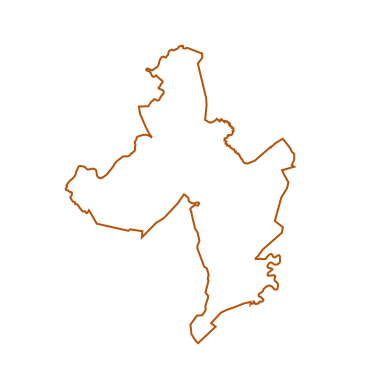 Juan R. Escudero, Guerrero, Mexico, rotated 59°
{"feature_id": "50627088B85628138735153", "entity_name": "Juan R. Escudero", "entity_type": "district", "adm_level": 2, "iso_a3": "MEX", "parent_name": "Mexico", "parent_adm1": "Guerrero", "projection": "robinson", "projection_center": [-99.489, 17.137], "detail": "fine", "context": "isolated", "style": "outline", "palette": "amber", "viewbox_px": 384, "rotation_deg": 59, "n_neighbors": 0, "source": "geoboundaries", "source_scale": "gbopen_adm2", "svg_char_len": 6055}
<svg xmlns="http://www.w3.org/2000/svg" viewBox="0 0 384 384"><g transform="rotate(59 192 192)"><path d="M59.5,136.0L59.3,138.2L59.6,139.5L62.1,141.9L62.4,143.2L63.3,145.1L63.2,145.5L62.1,146.0L61.0,147.2L60.8,147.5L60.9,149.0L62.7,152.2L65.0,154.3L66.6,156.4L67.0,158.1L66.9,160.3L67.4,161.9L66.9,163.7L66.5,164.2L65.9,164.4L65.2,165.4L64.3,165.6L63.4,166.3L63.1,167.0L63.2,167.9L63.8,168.4L64.7,168.2L66.7,166.6L68.1,165.9L69.4,166.2L70.6,166.3L72.1,166.4L72.8,166.2L73.7,165.4L73.8,164.7L73.6,163.1L73.9,162.4L74.4,162.6L74.7,162.5L79.2,161.1L81.3,160.2L82.1,160.2L82.8,160.7L83.7,163.3L84.9,164.9L84.9,166.2L85.1,166.6L85.9,167.2L86.4,167.1L88.5,165.5L89.8,164.7L90.4,164.5L91.3,164.5L92.9,165.7L93.4,166.5L93.4,167.8L93.5,168.1L94.4,169.6L94.8,170.6L95.5,171.6L96.2,172.9L96.1,174.2L95.3,175.0L93.5,176.0L93.0,176.6L92.9,177.1L93.6,179.0L93.7,180.7L96.0,185.3L91.4,193.5L98.3,196.3L113.1,198.2L120.3,198.6L123.8,198.3L124.0,198.7L121.4,199.9L119.6,201.5L119.2,202.1L117.7,204.8L117.3,207.0L116.9,208.0L116.7,209.5L116.6,209.9L116.6,210.7L117.3,211.9L118.0,212.3L118.4,212.7L119.5,215.2L120.6,215.8L122.3,216.0L124.2,217.7L126.6,219.3L127.4,220.4L127.4,221.8L127.7,222.8L127.7,224.6L128.3,225.7L128.5,227.9L127.9,229.8L126.5,231.6L125.9,233.5L126.4,235.4L126.5,237.3L126.9,240.3L127.6,242.9L128.1,244.0L129.3,245.8L133.1,255.9L133.6,260.7L133.4,262.7L132.6,263.9L131.8,264.5L129.9,265.0L128.6,264.9L124.5,263.1L123.4,263.1L122.9,263.3L121.8,264.0L120.6,265.4L119.5,269.0L118.8,270.0L118.3,270.3L115.9,270.8L114.5,271.6L112.0,274.5L111.8,275.4L111.8,276.3L113.4,278.3L115.0,281.0L116.5,282.2L118.1,284.6L119.0,287.7L119.2,289.8L119.9,292.3L121.7,296.2L122.4,296.1L123.1,296.5L123.5,296.8L123.7,297.7L124.0,298.4L124.8,298.9L125.1,299.0L125.7,298.7L127.1,297.2L127.9,297.2L129.5,296.5L129.8,295.6L130.3,295.3L131.2,295.5L132.8,296.7L133.6,298.6L134.0,299.1L135.0,299.2L138.7,299.1L140.4,297.7L142.2,298.3L143.4,296.8L144.1,296.6L146.5,296.3L148.2,296.4L151.2,295.9L152.1,295.9L152.7,295.2L153.2,294.0L153.6,293.5L155.2,293.6L155.6,293.5L155.8,293.1L156.0,292.4L154.6,289.7L170.2,289.9L192.5,266.5L192.2,264.1L200.1,254.7L205.1,258.3L200.0,238.9L199.9,231.1L199.8,229.3L194.5,210.4L189.9,200.2L191.0,199.3L192.4,199.1L193.9,198.5L195.1,198.3L195.4,198.3L198.0,199.4L200.1,198.8L202.0,197.2L203.1,195.9L203.3,194.1L203.6,193.1L204.3,191.9L204.9,191.7L205.6,191.8L206.3,193.1L206.5,193.7L206.3,194.6L204.8,196.3L204.7,197.3L204.9,199.3L205.3,201.3L205.7,202.1L206.4,202.6L208.5,202.6L208.8,203.0L224.8,208.2L229.4,208.1L237.8,210.8L240.4,214.6L242.9,216.4L262.1,220.0L265.4,218.6L271.8,220.5L274.4,223.2L276.6,223.6L285.1,232.2L289.5,231.7L291.3,233.1L294.3,236.7L297.2,239.7L299.4,240.4L301.1,242.7L302.8,246.8L300.5,251.6L304.9,261.7L313.7,265.7L321.1,265.5L324.7,264.7L319.6,241.1L314.3,243.2L310.3,229.4L310.9,223.2L312.8,214.0L314.2,205.2L316.4,198.4L318.2,199.6L317.3,197.6L318.2,198.3L318.4,198.3L318.8,198.0L319.1,196.9L318.3,195.8L317.7,195.5L318.1,195.3L320.3,195.4L321.1,195.0L321.0,194.1L321.8,192.6L321.8,192.4L320.8,190.9L320.9,190.3L321.6,189.4L322.0,188.2L322.0,187.6L321.6,186.6L320.7,186.2L319.6,186.6L317.2,187.1L316.4,188.1L315.9,188.4L314.7,188.1L314.3,187.7L314.0,187.3L313.8,186.5L313.7,182.8L313.4,182.2L312.5,181.3L311.9,179.9L311.5,177.3L311.5,175.4L311.9,173.9L313.6,172.5L315.1,171.9L317.3,171.7L318.5,170.9L319.1,170.1L319.2,169.0L318.2,167.9L316.0,166.1L315.4,165.8L313.9,165.7L312.9,165.9L310.9,166.7L310.4,166.7L309.5,166.3L307.0,164.0L306.5,164.0L305.8,164.4L305.4,164.9L303.2,169.6L302.9,169.9L302.1,170.0L301.7,169.8L300.9,168.9L300.5,167.7L300.2,166.5L299.9,163.1L299.5,162.8L298.5,163.3L296.6,165.3L296.1,165.7L295.3,165.9L294.8,165.8L293.3,164.0L292.8,162.0L292.8,161.3L293.0,160.7L293.7,160.0L296.1,159.0L296.7,158.5L297.5,157.5L297.9,156.9L298.1,156.1L297.9,154.4L297.6,153.5L297.1,152.6L296.3,151.8L295.0,151.4L292.9,150.0L291.7,149.7L291.0,149.9L290.7,150.8L290.6,151.5L290.9,154.3L290.5,155.1L290.2,155.4L288.7,155.9L287.6,155.6L286.7,155.6L286.0,155.9L285.8,156.3L285.6,156.7L285.6,158.4L286.3,161.0L287.2,162.9L287.3,163.5L287.2,163.9L285.9,166.2L284.4,167.7L283.6,169.6L282.2,171.9L281.6,171.6L281.0,168.6L277.7,160.8L273.2,136.1L269.1,132.2L259.5,135.9L242.7,118.3L238.0,109.2L236.5,107.3L233.3,104.4L222.9,104.0L221.5,103.6L219.7,103.6L223.0,91.4L220.3,92.7L216.9,87.7L212.0,84.8L208.8,85.8L205.5,85.3L200.1,85.8L193.1,86.8L193.1,95.2L194.3,101.0L193.1,101.8L194.0,101.7L194.3,101.9L194.0,102.2L197.5,121.9L196.3,129.5L195.5,130.4L195.1,131.3L193.8,132.2L193.0,132.3L192.1,132.7L190.1,132.1L188.4,132.8L186.9,132.5L185.0,132.6L184.6,132.2L182.6,132.8L182.7,133.2L181.8,133.8L180.1,134.1L179.8,133.7L179.5,134.3L179.1,134.0L178.5,134.3L177.3,134.1L177.2,134.0L177.0,134.5L175.7,135.4L174.6,135.4L173.8,136.0L172.7,136.2L172.0,135.8L171.7,135.9L171.7,136.3L171.5,136.2L170.7,137.1L170.2,138.1L169.1,137.3L167.8,138.4L167.0,137.7L166.6,137.0L166.3,136.9L166.3,136.6L164.7,137.3L164.6,137.6L164.0,137.3L164.0,137.1L163.5,137.0L163.4,136.6L162.9,136.3L163.5,135.1L163.4,133.4L162.0,132.4L161.8,131.9L162.1,131.4L162.6,131.4L162.8,131.3L162.8,130.1L163.3,129.2L163.2,127.9L161.6,125.9L161.3,125.0L160.9,124.9L160.7,125.1L160.7,124.9L160.2,124.7L160.0,124.4L158.7,123.7L158.4,123.9L158.3,124.3L157.8,124.8L157.4,124.7L157.4,124.4L156.4,124.2L156.1,124.5L156.1,124.8L155.6,125.2L155.2,125.3L154.8,125.0L154.2,125.1L153.8,125.7L153.6,125.7L152.9,124.2L152.1,124.6L151.9,125.0L151.4,125.3L150.9,125.0L150.6,125.1L150.9,125.4L150.5,125.8L149.9,125.5L149.2,126.0L149.0,126.3L148.4,126.8L149.0,128.1L148.6,128.2L148.4,127.7L148.2,128.1L147.6,127.9L147.4,128.6L144.6,129.4L144.8,130.0L145.1,129.9L145.5,130.6L145.8,131.8L144.7,132.2L144.3,132.1L142.0,133.2L142.4,133.9L142.5,134.4L142.7,137.0L142.6,138.8L142.2,139.9L141.2,141.4L136.9,143.6L124.8,134.6L118.8,131.5L85.0,120.9L82.1,114.0L78.6,112.0L66.0,121.8L65.4,124.2L64.8,125.2L64.3,125.4L63.7,125.4L62.1,124.5L61.7,124.7L61.0,126.9L60.7,128.2L60.9,129.0L61.6,130.2L61.6,131.4L61.3,132.7L61.2,134.8L59.5,136.0Z" fill="none" stroke="#b45309" stroke-width="2"/></g></svg>